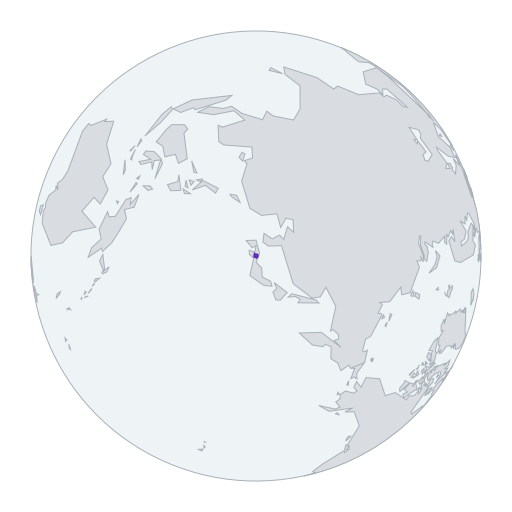 globe centered on Okayama, rotated 112°
{"feature_id": "JPN-1822", "entity_name": "Okayama", "entity_type": "Prefecture", "adm_level": 1, "iso_a3": "JPN", "parent_name": "Japan", "parent_adm1": "", "projection": "orthographic", "projection_center": [133.872, 34.876], "detail": "fine", "context": "on_globe", "style": "filled", "palette": "violet", "viewbox_px": 512, "rotation_deg": 112, "n_neighbors": 0, "source": "natural_earth", "source_scale": "10m", "svg_char_len": 12198}
<svg xmlns="http://www.w3.org/2000/svg" viewBox="0 0 512 512"><g transform="rotate(112 256 256)"><circle cx="256" cy="256" r="225" fill="#eef3f6" stroke="#a8b0b8"/><path d="M412.1,392.9L411.9,394.0L411.7,394.2L412.1,392.9ZM435.3,119.6L434.3,118.7L436.8,121.7L442.2,129.2L439.5,125.3L434.7,120.4L434.7,122.7L424.2,116.5L403.2,101.2L405.1,100.1L399.8,97.1L397.1,98.6L396.7,100.4L374.9,96.6L363.6,106.5L367.3,115.1L360.8,109.4L372.6,130.1L371.1,141.7L368.3,125.4L364.6,121.5L361.4,127.3L356.9,124.6L352.8,126.1L347.7,122.5L346.5,114.0L343.2,111.7L341.1,116.1L334.7,115.7L338.3,109.5L327.5,108.4L323.5,95.3L337.1,83.9L330.5,75.8L333.0,62.7L328.4,61.9L326.5,57.2L320.4,54.7L322.6,53.5L315.9,52.6L315.1,54.2L311.8,54.5L308.2,53.4L310.4,51.5L312.5,51.8L311.2,50.7L313.9,50.3L310.5,49.8L313.5,48.1L305.2,48.2L303.1,45.5L306.6,44.8L313.2,47.0L337.6,52.7L343.1,53.7L344.3,52.4L331.9,44.9L335.2,45.5L334.5,44.9L329.5,43.2L328.3,43.2L318.9,40.6L318.5,41.6L314.6,40.8L311.4,41.6L304.5,39.4L299.4,37.1L301.7,36.6L299.5,35.8L291.3,34.9L289.7,33.4L283.0,32.3L299.2,34.9L315.2,38.6L330.8,43.5L346.1,49.5L360.9,56.6L375.1,64.8L388.7,73.9L401.5,84.0L413.7,95.1L424.9,107.0L435.3,119.6ZM456.8,236.9L454.9,232.8L457.2,233.2L456.8,236.9ZM453.0,231.8L453.8,232.9L453.0,232.3L453.0,231.8ZM451.9,232.4L452.7,232.0L452.0,232.9L451.9,232.4ZM450.6,233.8L451.2,232.8L451.2,233.1L450.6,233.8ZM447.9,234.5L447.2,234.5L447.6,233.2L447.9,234.5ZM397.2,101.8L397.6,99.0L401.6,98.9L401.8,101.5L397.2,101.8ZM388.7,102.9L387.6,100.5L393.6,103.2L392.4,103.7L388.7,102.9ZM370.9,122.2L372.1,119.0L372.5,123.1L370.9,122.2ZM353.1,126.9L354.2,128.8L351.6,128.9L353.1,126.9ZM315.5,42.8L313.5,42.2L315.1,42.4L315.5,42.8ZM315.9,43.8L319.2,44.5L320.0,45.1L317.9,44.7L315.9,43.8ZM341.5,123.6L336.9,123.3L341.3,122.0L341.5,123.6ZM311.7,43.0L320.8,46.1L322.0,47.3L315.2,46.8L311.7,43.0ZM334.1,122.2L323.2,122.3L324.7,126.3L314.3,115.5L327.0,118.7L332.2,116.3L331.4,119.7L334.1,122.2ZM316.4,55.3L317.1,53.5L319.9,56.1L316.4,55.3ZM318.9,57.0L332.0,65.7L329.1,68.2L325.3,64.5L324.2,68.9L316.4,65.7L315.2,62.6L318.7,61.6L313.0,61.2L318.9,57.0ZM310.3,109.9L307.5,108.8L310.2,108.4L310.3,109.9ZM310.8,54.8L313.7,56.2L311.4,58.3L305.1,56.0L307.9,56.0L310.8,54.8ZM327.8,71.8L325.0,73.3L317.9,71.0L315.8,71.3L316.0,65.9L327.8,71.8ZM306.6,55.0L302.0,54.8L299.8,52.9L307.8,53.7L306.6,55.0ZM313.4,60.0L312.0,60.9L310.7,59.6L313.4,60.0ZM289.4,46.5L292.9,47.7L292.0,48.9L289.4,46.5ZM300.5,54.9L301.3,55.6L301.3,56.3L298.0,55.9L300.5,54.9ZM310.9,64.9L308.6,63.8L310.5,66.9L305.3,65.6L306.3,62.4L303.7,63.3L302.0,62.9L304.7,60.7L310.9,64.9ZM294.7,57.6L294.2,53.6L287.9,50.9L288.5,49.7L298.6,54.3L294.7,57.6ZM300.3,59.6L297.0,58.1L299.5,57.2L303.3,57.7L300.3,59.6ZM301.3,66.1L309.1,68.8L308.6,69.5L301.3,66.1ZM292.4,57.0L292.5,58.0L291.6,56.9L292.4,57.0ZM298.0,63.4L300.8,64.2L300.2,64.9L298.0,63.4ZM290.5,59.5L290.4,58.1L292.9,58.3L290.5,59.5ZM293.5,61.4L292.0,62.2L294.0,59.2L294.9,61.6L293.5,61.4ZM296.9,63.9L297.5,64.6L295.9,63.5L296.9,63.9ZM280.7,59.8L282.6,56.0L288.3,56.4L285.7,59.9L280.7,59.8ZM79.6,115.9L80.9,114.6L69.2,132.6L65.8,141.5L76.9,131.8L82.5,116.8L90.3,108.3L91.4,115.1L87.5,129.5L90.4,126.8L98.6,113.4L103.6,113.0L102.2,108.7L98.4,113.1L97.4,110.8L100.8,106.6L102.4,106.5L105.2,101.7L96.7,104.5L92.0,109.4L95.8,100.9L88.2,108.5L87.2,108.5L99.5,95.9L102.8,93.4L120.8,77.7L117.7,79.4L100.5,94.6L103.2,91.6L98.9,94.9L104.4,90.1L124.0,74.0L131.3,68.4L144.5,60.2L145.5,59.7L157.4,53.5L151.6,56.6L154.6,55.2L149.6,58.3L151.1,59.4L147.3,62.6L156.2,60.4L155.5,62.0L150.4,62.7L144.9,65.3L136.5,74.9L137.3,76.0L143.7,74.0L140.6,77.3L147.9,74.1L147.2,79.5L154.2,70.6L162.0,69.0L166.1,71.2L169.9,69.3L163.3,65.8L159.5,66.0L154.2,68.6L145.1,68.9L146.2,66.3L160.6,60.7L163.7,56.7L173.6,54.9L185.4,64.0L186.1,69.8L169.7,82.9L164.8,82.1L168.2,76.9L157.4,83.3L161.9,82.0L159.4,85.0L166.1,84.9L164.6,87.1L173.7,83.6L172.6,86.3L166.9,88.5L175.9,91.6L175.9,97.5L178.7,97.2L181.7,95.2L179.6,104.6L181.7,104.0L183.3,100.6L188.5,97.5L197.0,95.7L195.8,99.0L192.6,100.1L184.1,107.7L175.7,110.6L176.1,111.8L183.1,110.2L193.4,100.8L198.9,98.9L194.6,103.4L196.6,101.6L198.9,101.7L200.1,105.1L205.1,100.3L232.3,99.3L237.4,106.4L230.6,110.1L248.3,114.9L252.7,123.8L254.0,120.5L263.5,121.4L262.3,118.6L263.6,117.1L287.4,119.6L292.0,123.2L303.8,121.8L304.5,120.3L301.7,117.4L314.3,115.5L324.7,126.3L322.5,129.1L330.5,134.4L324.5,140.3L323.2,148.1L312.0,152.3L311.9,158.6L315.1,160.1L317.4,170.2L311.2,187.0L302.3,166.8L308.9,143.1L305.0,151.9L301.8,148.2L297.8,150.4L295.4,157.2L297.7,158.9L272.8,163.1L258.8,179.5L269.8,181.1L274.0,188.1L267.8,211.1L236.9,236.2L242.1,248.2L240.6,254.8L232.1,257.0L234.0,247.3L227.8,242.0L230.2,236.5L217.1,237.7L219.9,230.0L208.4,235.2L209.8,242.4L220.3,243.8L209.1,252.4L216.3,266.1L214.1,279.5L191.9,297.4L173.8,298.9L172.0,302.6L166.4,295.8L156.5,300.6L165.0,327.1L163.9,333.3L149.0,340.1L149.1,335.4L134.2,317.3L129.6,330.9L140.8,348.2L144.6,363.8L135.2,355.6L131.5,341.6L126.3,334.8L129.0,322.6L127.2,301.0L117.7,300.2L119.7,292.6L115.8,272.1L103.0,270.2L81.7,279.0L76.7,297.2L70.3,301.1L67.8,266.4L72.1,246.4L67.8,244.0L68.0,221.2L58.7,202.9L60.4,196.7L58.0,195.3L58.6,184.8L62.3,175.3L61.4,171.6L52.2,197.0L53.6,201.2L59.0,198.8L55.8,206.5L55.6,218.6L45.1,225.6L36.2,214.7L40.4,200.0L59.8,150.8L62.0,148.0L62.3,147.5L62.9,146.7L59.4,150.5L64.5,141.8L48.7,172.2L43.8,183.4L36.0,215.1L35.5,215.9L34.5,224.1L37.4,233.4L36.3,237.7L31.8,251.1L30.7,255.5L31.4,238.8L33.3,222.1L36.4,205.7L40.7,189.5L46.3,173.7L53.0,158.4L60.8,143.6L69.6,129.4L79.6,115.9ZM78.2,152.8L79.3,162.2L87.8,150.4L88.9,153.2L91.4,148.4L88.4,149.5L95.8,137.3L99.5,139.2L103.9,135.2L103.8,131.9L95.8,130.7L85.2,147.7L81.1,148.9L78.2,152.8ZM175.7,46.8L171.2,48.6L169.0,49.0L173.9,46.4L177.1,45.6L175.7,46.8ZM165.4,51.3L178.3,47.3L175.8,49.3L175.0,48.7L172.1,50.4L170.0,50.1L154.9,56.5L152.0,57.4L162.6,51.2L160.7,52.5L165.2,50.4L165.4,51.3ZM215.9,38.6L221.5,38.3L208.8,42.8L205.1,42.6L209.6,39.6L216.8,38.0L215.9,38.6ZM298.0,42.1L301.0,42.7L300.4,43.1L297.4,42.9L298.0,42.1ZM291.1,47.0L284.5,40.5L287.5,40.6L280.0,37.3L285.1,36.7L289.8,38.7L288.1,36.1L294.4,37.7L292.3,36.0L302.3,40.6L307.9,42.4L299.7,40.6L294.8,41.0L294.4,41.8L297.4,45.4L307.1,50.1L303.8,51.8L298.9,51.7L296.1,50.9L299.1,49.9L293.2,49.5L295.4,47.5L291.1,47.0ZM243.8,57.9L248.5,55.9L237.0,57.1L239.1,54.2L237.6,54.5L236.4,52.2L232.5,50.2L234.4,49.1L232.0,48.8L231.2,47.6L228.5,46.9L231.2,44.8L228.2,44.0L231.1,43.5L225.2,42.8L230.8,42.4L230.2,41.1L225.1,42.1L245.7,34.7L250.0,32.8L250.6,31.6L260.1,31.9L265.6,33.5L267.9,36.2L262.4,38.4L267.7,38.4L266.6,39.6L262.9,39.0L268.0,40.6L266.1,41.5L268.2,45.6L276.7,47.9L277.6,49.7L273.4,49.3L277.3,51.4L269.9,52.0L270.4,53.4L263.6,55.7L255.1,54.5L256.3,56.2L251.2,58.3L243.8,57.9ZM278.6,60.3L267.9,58.9L263.8,56.8L277.4,53.9L277.9,52.5L286.4,51.2L292.2,54.4L289.2,54.4L287.7,55.3L286.5,53.9L286.3,55.6L282.2,55.9L280.9,57.3L277.8,56.4L278.6,60.3ZM104.6,89.2L102.5,91.2L100.3,93.6L97.5,96.0L104.6,89.2ZM115.2,80.1L117.8,78.1L116.6,79.1L111.6,83.1L112.3,82.5L115.2,80.1ZM120.2,76.6L116.9,78.9L120.0,76.6L120.2,76.6ZM149.7,63.8L148.9,65.0L147.1,65.8L145.6,65.9L149.7,63.8ZM210.1,62.8L213.4,61.5L214.2,62.0L222.2,61.4L221.3,63.9L216.1,65.2L210.1,62.8ZM75.4,131.3L73.8,131.1L75.5,128.5L75.7,129.1L75.4,131.3ZM84.3,112.1L80.2,117.9L83.6,112.7L84.3,112.1ZM210.4,65.4L213.8,64.8L211.2,66.4L210.4,65.4ZM221.0,65.7L218.7,67.7L222.1,64.1L221.0,65.7ZM198.9,409.4L205.7,411.6L205.5,412.3L198.9,409.4ZM191.6,405.2L199.3,407.1L190.5,406.6L191.6,405.2ZM202.3,407.8L210.2,407.9L213.6,407.2L213.1,408.8L202.3,407.8ZM186.5,404.0L159.6,396.1L149.3,390.4L151.4,388.3L168.1,394.5L186.5,404.0ZM150.6,387.9L135.2,373.6L116.2,338.6L122.9,342.4L143.2,367.2L141.9,369.4L151.2,379.7L150.6,387.9ZM189.0,383.7L187.6,391.3L172.5,386.6L165.8,383.3L161.1,371.5L163.7,366.9L169.1,368.8L191.6,356.2L199.1,362.6L191.9,368.8L198.2,377.6L189.0,383.7ZM77.0,299.6L79.0,313.5L75.8,312.9L77.0,299.6ZM201.7,344.9L192.0,351.2L201.2,341.9L201.7,344.9ZM207.9,335.3L207.9,339.8L204.7,334.7L207.9,335.3ZM170.8,308.7L165.0,307.8L165.4,304.6L173.0,303.9L170.8,308.7ZM212.3,290.8L210.4,300.3L208.6,303.2L206.9,296.8L212.3,290.8ZM207.1,89.1L197.0,86.9L189.2,87.7L183.7,91.6L187.0,85.5L199.2,84.2L207.1,89.1ZM229.3,97.5L234.1,94.6L235.0,96.9L234.0,97.9L229.3,97.5ZM230.1,95.0L230.4,89.7L234.9,88.8L233.8,93.1L230.1,95.0ZM219.9,76.4L217.0,75.4L219.2,74.0L219.9,76.4ZM361.3,453.6L364.8,452.3L358.7,456.0L349.8,460.6L340.4,464.4L361.3,453.6ZM290.4,474.6L288.2,472.4L298.4,471.3L295.8,473.6L290.4,474.6ZM367.6,449.8L373.0,445.7L373.2,442.9L374.8,444.6L381.3,441.5L367.2,451.1L367.6,449.8ZM247.5,462.3L205.6,463.6L195.8,460.7L196.9,458.1L185.1,445.7L188.1,446.6L184.3,438.4L208.2,436.4L224.9,425.0L239.9,427.8L250.2,418.0L266.1,419.9L262.2,428.2L279.7,434.2L289.3,415.4L302.2,435.0L316.4,440.4L323.0,450.1L305.7,466.6L293.7,470.1L290.4,469.3L285.7,470.8L276.9,470.6L270.1,466.4L265.5,467.7L269.0,464.3L262.8,467.3L257.3,464.1L247.5,462.3ZM362.3,424.1L365.2,423.9L370.4,425.5L365.7,426.2L362.3,424.1ZM404.8,399.9L406.5,400.6L403.4,402.4L404.8,399.9ZM411.7,394.2L407.9,396.6L412.1,392.9L411.7,394.2ZM375.1,410.1L376.7,410.8L375.6,411.6L375.1,410.1ZM373.9,410.0L375.3,407.7L375.4,409.6L373.9,410.0ZM359.3,402.6L360.8,401.2L361.7,401.9L359.3,402.6ZM215.9,413.5L225.3,409.3L230.6,409.6L215.9,413.5ZM356.7,400.8L352.6,401.3L352.9,400.1L356.7,400.8ZM356.7,398.1L356.2,396.6L359.1,399.8L356.7,398.1ZM348.6,395.8L353.8,397.9L348.1,396.3L348.6,395.8ZM345.7,396.6L342.0,395.9L342.3,395.3L345.7,396.6ZM306.7,402.2L320.1,411.1L309.8,411.5L298.1,405.9L289.8,411.6L270.5,410.2L274.7,406.9L271.9,401.3L252.5,397.7L248.6,393.7L255.3,391.9L242.8,387.6L256.4,387.3L262.2,395.4L270.0,390.0L283.9,392.1L297.8,394.7L309.3,400.0L306.7,402.2ZM256.9,403.8L259.3,404.0L257.3,406.1L256.9,403.8ZM335.1,392.6L340.4,395.6L339.8,396.5L337.3,396.3L335.1,392.6ZM311.9,398.6L324.2,391.8L327.2,391.7L319.1,399.2L311.9,398.6ZM321.0,388.0L326.9,388.5L330.1,391.7L328.9,392.8L321.0,388.0ZM229.1,393.8L228.6,395.8L225.2,393.6L229.1,393.8ZM233.5,393.2L244.1,396.8L232.6,394.8L233.5,393.2ZM202.7,380.4L205.6,386.1L214.8,384.6L207.8,387.9L214.3,397.2L212.3,399.9L205.8,389.9L203.9,398.5L199.8,397.5L197.4,389.3L201.3,380.5L205.4,377.3L222.2,378.7L202.7,380.4ZM233.3,387.0L230.6,380.7L232.7,377.0L235.7,380.6L233.3,387.0ZM223.0,364.8L216.2,356.4L209.7,357.9L223.3,350.2L227.5,359.6L223.0,364.8ZM217.9,347.9L211.8,349.2L218.4,344.5L217.9,347.9ZM210.4,346.5L210.2,341.2L214.8,342.9L210.4,346.5ZM221.0,348.7L222.9,340.2L224.9,345.8L221.0,348.7ZM209.4,329.2L218.6,339.8L205.9,333.5L207.4,316.3L212.9,317.1L209.4,329.2ZM253.2,264.5L252.9,259.2L258.5,258.8L257.1,262.6L253.2,264.5ZM276.5,254.3L259.9,257.1L246.6,259.8L249.8,262.7L245.3,270.9L241.3,261.9L252.0,253.8L261.8,253.4L264.9,246.3L273.1,242.4L273.9,233.1L278.1,229.7L280.3,238.1L276.5,254.3ZM273.9,229.2L278.2,213.4L288.0,217.0L289.2,221.2L283.1,226.8L278.3,224.6L273.9,229.2ZM282.1,210.7L277.6,208.6L274.3,184.1L276.0,180.0L283.7,199.6L279.7,198.8L278.8,204.4L282.1,210.7ZM307.5,110.7L307.5,109.0L309.3,110.7L307.5,110.7ZM262.7,115.6L264.9,113.9L267.0,115.7L262.7,115.6ZM272.1,110.5L268.2,109.5L272.8,109.1L272.1,110.5ZM259.5,107.9L266.9,108.5L259.1,110.0L259.5,107.9Z" fill="#d9dde1" stroke="#a8b0b8" stroke-width="1"/><path d="M257.4,256.7L257.2,256.6L257.3,256.7L257.2,256.7L257.1,256.8L256.9,256.9L256.9,257.0L257.0,257.0L257.0,256.9L257.0,257.0L256.9,257.1L256.7,257.2L256.4,257.0L256.2,257.1L256.2,257.3L256.3,257.2L256.5,257.1L256.5,257.3L256.4,257.3L256.5,257.4L256.4,257.4L256.3,257.5L256.2,257.7L255.8,257.6L255.7,257.7L255.5,257.4L255.4,257.4L255.3,257.5L255.1,257.5L254.9,257.7L254.7,257.8L254.8,257.6L254.7,257.6L254.6,257.4L254.5,257.2L254.4,257.0L254.5,256.9L254.4,256.7L254.4,256.4L254.2,256.1L254.2,255.9L254.2,255.6L254.0,255.3L254.1,255.2L254.4,255.1L254.4,254.9L254.5,254.9L254.8,254.8L254.8,254.7L255.0,254.5L255.0,254.4L255.1,254.2L255.6,254.3L255.8,254.6L256.0,254.4L256.3,254.2L256.4,254.3L256.7,254.4L256.8,254.5L256.9,254.8L257.0,254.9L257.3,254.8L257.5,254.8L257.5,254.7L257.7,254.8L257.7,255.0L257.4,255.3L257.3,255.5L257.2,255.8L257.3,255.9L257.3,256.0L257.2,256.1L257.3,256.2L257.3,256.3L257.4,256.5L257.4,256.7Z" fill="#8b5cf6" stroke="#5b21b6" stroke-width="1.5"/></g></svg>